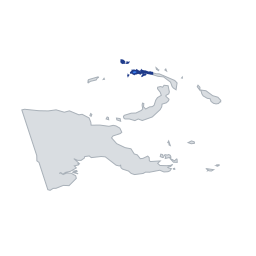 Kavieng District, New Ireland, Papua New Guinea (highlighted), rotated 342°
{"feature_id": "67681753B13414924819531", "entity_name": "Kavieng District", "entity_type": "district", "adm_level": 2, "iso_a3": "PNG", "parent_name": "Papua New Guinea", "parent_adm1": "New Ireland", "projection": "mercator", "projection_center": [150.489, -2.205], "detail": "fine", "context": "in_parent", "style": "filled", "palette": "blue", "viewbox_px": 256, "rotation_deg": 342, "n_neighbors": 0, "source": "geoboundaries", "source_scale": "gbopen_adm2", "svg_char_len": 8054}
<svg xmlns="http://www.w3.org/2000/svg" viewBox="0 0 256 256"><g transform="rotate(342 128 128)"><path d="M32.7,161.9L32.7,133.2L31.2,131.1L32.7,126.0L32.6,78.0L35.4,78.2L48.5,84.0L57.4,87.1L65.2,88.5L72.3,93.3L77.6,93.6L85.4,100.3L88.6,100.8L94.1,106.4L94.4,111.0L93.8,113.9L102.3,116.6L110.4,120.5L114.8,120.9L117.2,122.3L120.2,125.6L120.8,130.1L119.0,130.9L111.4,130.9L109.3,132.3L112.4,139.4L119.2,145.8L124.4,148.7L125.9,154.6L128.5,156.4L130.2,161.0L132.9,161.5L138.1,160.8L139.0,162.7L138.2,165.6L138.9,166.8L148.5,169.3L145.3,170.8L146.8,173.5L153.1,175.8L156.9,176.7L159.3,176.4L156.6,177.8L154.1,177.4L153.6,177.8L154.7,178.9L156.7,180.1L154.6,181.7L152.5,181.9L148.6,180.9L145.2,178.0L134.8,176.7L131.1,175.4L128.3,175.9L119.8,174.3L117.0,172.2L115.2,169.1L110.1,165.4L109.0,163.6L109.5,161.1L108.1,161.5L105.2,159.7L97.5,148.4L93.6,146.8L83.9,144.8L82.5,142.6L78.0,141.8L77.0,143.2L73.3,144.3L70.1,143.2L67.0,140.4L70.7,146.7L69.4,146.6L70.0,147.6L69.3,147.8L65.3,147.4L66.5,150.0L59.8,151.4L54.9,150.9L52.5,151.6L51.5,151.5L50.3,149.6L48.5,149.9L50.0,150.0L51.9,152.2L56.0,151.9L60.1,153.5L63.5,157.3L63.3,159.9L54.1,164.6L48.8,162.6L41.0,163.1L38.2,162.3L34.7,163.2L32.7,161.9ZM171.7,98.6L173.6,99.9L175.5,98.5L179.2,100.2L178.5,106.4L177.3,108.1L174.2,108.7L173.8,109.6L175.9,113.3L175.0,114.6L172.3,115.9L167.8,115.8L166.6,118.3L164.2,120.5L154.5,125.0L143.9,125.3L140.5,122.6L136.8,123.1L132.0,119.8L127.9,118.5L127.1,117.3L127.2,115.7L128.3,114.8L135.6,114.9L140.2,116.2L146.2,115.4L147.9,114.4L148.5,110.5L149.5,108.8L150.6,109.6L149.3,112.7L150.7,115.4L155.0,114.6L157.8,115.2L159.9,114.4L163.0,110.1L165.4,108.2L169.8,107.2L169.7,104.0L168.2,99.7L168.8,98.4L171.7,98.6ZM224.8,130.4L224.2,131.8L223.9,131.4L221.7,132.7L219.2,132.3L216.9,130.9L215.2,128.4L215.1,125.5L212.6,124.3L209.4,120.7L208.8,118.3L209.0,114.4L213.7,116.7L218.5,123.4L223.0,126.5L224.8,130.4ZM188.6,100.3L185.5,106.5L183.5,104.0L182.8,102.2L182.6,97.5L177.6,90.4L172.5,88.1L162.1,80.8L158.0,79.6L159.0,79.3L159.0,77.5L164.1,81.3L167.3,82.2L171.6,85.2L174.5,86.2L187.1,97.2L188.6,100.3ZM105.5,69.8L115.4,70.1L115.5,70.9L114.2,71.0L112.6,72.5L106.7,72.0L104.1,72.8L103.9,71.8L104.9,71.4L104.7,70.3L105.5,69.8ZM155.2,164.9L157.0,165.9L158.5,165.8L159.7,167.0L159.9,169.0L159.2,169.5L158.8,168.9L154.0,168.5L154.9,167.3L154.0,165.0L155.2,164.9ZM154.0,78.6L150.5,78.6L147.9,76.2L151.3,75.1L153.9,76.2L154.0,78.6ZM162.2,173.6L164.5,172.4L165.0,172.8L164.2,175.9L160.7,174.6L158.3,169.6L162.2,173.6ZM180.6,160.5L184.4,159.9L186.3,161.3L186.8,161.8L186.4,163.1L183.3,162.5L180.6,160.5ZM189.5,190.6L196.6,194.1L194.0,194.7L191.7,193.7L191.4,192.9L190.5,193.2L191.0,192.6L189.5,190.6ZM123.1,119.3L119.9,116.8L120.1,115.0L123.4,116.6L123.1,119.3ZM152.8,166.8L151.9,166.9L149.8,165.1L151.1,163.0L152.5,163.8L152.8,166.8ZM208.0,114.2L206.6,110.1L207.8,108.9L209.0,111.5L208.0,114.2ZM112.2,114.2L110.0,112.6L111.6,111.1L112.6,111.9L112.2,114.2ZM145.4,64.4L144.2,64.7L142.6,63.4L143.0,61.8L144.9,62.8L145.4,64.4ZM97.8,104.0L96.5,105.5L95.6,104.4L97.0,102.7L97.8,104.0ZM162.7,152.8L162.8,157.8L161.8,156.8L162.3,154.8L161.3,154.2L162.7,152.8ZM64.3,154.1L66.4,156.2L61.3,152.9L64.3,154.1ZM66.2,153.6L63.3,152.8L62.8,152.2L66.1,152.5L66.2,153.6ZM203.3,191.1L203.1,191.8L201.2,192.0L200.0,191.0L201.2,191.2L201.0,190.5L203.3,191.1ZM182.2,83.5L182.3,85.8L181.0,84.2L182.2,83.5ZM175.3,82.3L174.8,82.9L173.5,81.3L173.7,81.0L175.3,82.3ZM159.9,180.7L159.7,181.8L158.5,181.2L158.6,180.6L159.9,180.7ZM174.2,80.5L173.2,80.8L173.3,79.2L174.2,80.5ZM120.6,73.3L120.7,74.4L119.4,74.2L120.6,73.3ZM195.4,96.3L195.2,97.4L194.4,97.0L195.4,96.3Z" fill="#d9dde1" stroke="#a8b0b8" stroke-width="1"/><path d="M151.1,75.1L150.8,74.7L150.5,74.9L150.4,75.0L150.6,75.1L150.3,75.1L150.2,75.0L150.2,75.3L149.7,75.2L149.7,75.4L149.5,75.5L149.5,75.4L149.2,75.3L149.0,75.5L148.4,75.9L148.0,76.4L147.9,76.4L148.0,76.2L147.9,76.1L148.0,75.9L147.9,75.9L147.7,76.1L147.7,76.3L147.9,76.6L148.5,76.7L148.9,76.8L149.2,77.0L149.5,77.6L149.6,78.1L150.0,78.4L150.5,78.7L150.6,78.9L151.0,78.7L151.3,78.8L151.5,78.6L151.9,78.6L152.4,78.8L152.4,78.6L152.7,78.5L152.8,78.6L153.0,78.6L152.8,78.8L153.3,78.6L154.1,78.5L154.2,78.3L154.0,78.1L154.1,77.7L154.3,77.1L154.2,76.9L154.0,77.3L154.0,76.2L153.8,76.3L153.6,76.1L153.1,76.0L152.6,75.6L151.8,75.4L151.7,75.2L151.1,75.1ZM168.3,82.9L168.1,82.9L167.7,82.6L167.4,82.6L167.0,82.3L167.0,82.1L166.5,81.7L165.6,81.8L165.4,81.4L165.0,81.3L164.6,81.3L163.9,81.4L163.6,81.1L163.6,80.5L163.3,80.4L163.2,80.1L162.8,80.1L162.7,80.0L162.4,79.9L162.3,79.6L161.9,79.7L161.7,79.1L160.6,78.9L160.3,78.5L159.9,78.4L159.6,78.0L159.3,77.9L158.7,77.2L158.5,77.4L158.5,77.6L158.3,78.0L158.5,78.0L158.9,78.5L159.2,78.4L159.3,78.4L159.6,78.5L159.3,78.6L159.2,78.6L159.2,78.8L159.3,78.8L159.4,78.7L159.8,78.9L159.4,79.0L159.6,79.1L159.3,79.2L159.2,79.1L158.9,79.0L158.7,79.2L158.8,79.3L158.7,79.2L158.5,79.3L158.5,79.6L157.8,79.2L157.4,79.5L157.7,79.8L158.8,80.3L160.0,80.0L159.9,79.9L160.2,80.1L160.8,80.2L161.5,80.8L161.7,80.7L162.5,81.0L163.1,81.8L163.4,81.7L163.8,82.1L164.2,82.4L164.4,82.4L165.0,82.8L165.6,83.0L166.5,83.6L166.8,83.5L167.7,84.2L168.1,84.2L168.3,82.9ZM143.5,61.8L143.0,61.4L142.6,61.3L142.6,61.9L142.3,62.0L142.3,62.4L142.0,62.7L142.2,63.0L142.6,63.1L143.0,63.5L143.6,64.0L143.9,63.9L144.0,63.6L144.4,64.2L144.6,64.0L144.8,64.2L145.1,64.0L145.1,63.9L144.8,63.6L144.8,63.4L144.3,62.3L143.7,61.8L143.5,61.8ZM159.7,81.7L159.7,81.8L159.4,81.8L159.1,82.1L158.8,82.1L158.6,82.4L158.3,82.4L157.9,82.8L158.1,82.9L158.5,82.6L158.8,82.6L159.0,82.6L158.8,82.5L158.9,82.4L159.0,82.5L159.3,82.6L159.6,82.6L159.8,82.6L159.6,82.5L159.9,82.5L160.3,82.7L160.7,82.5L160.8,82.7L161.1,82.7L161.3,82.5L161.2,82.4L160.7,82.4L160.7,82.2L160.4,82.0L160.0,81.9L159.7,81.7ZM148.1,65.8L148.1,65.5L147.8,65.3L147.8,65.7L147.3,65.6L147.2,65.7L147.4,65.9L147.2,66.0L147.5,66.1L147.6,65.9L148.5,66.1L148.7,65.9L148.4,65.9L148.1,65.8ZM155.6,78.7L155.2,78.7L155.1,78.9L155.5,79.0L155.9,79.5L155.9,79.3L156.2,78.9L155.8,78.9L155.6,78.7ZM156.5,79.2L156.5,79.4L156.8,79.7L157.2,79.8L157.6,79.7L157.0,79.3L156.5,79.2ZM157.8,79.1L157.6,78.8L157.2,79.0L157.3,79.5L157.8,79.1ZM156.3,78.6L156.0,77.9L155.7,78.2L155.8,78.3L156.0,78.4L156.2,78.6L156.3,78.6ZM155.1,76.8L154.9,76.3L154.7,76.2L154.9,76.8L155.0,76.9L155.1,76.8ZM155.3,77.4L155.3,77.1L155.1,76.9L155.0,77.1L155.3,77.4ZM143.7,64.4L143.3,64.4L143.5,64.4L143.7,64.8L144.0,64.9L143.7,64.4ZM155.4,78.0L155.4,77.7L155.1,77.9L155.4,78.0ZM154.5,75.9L153.9,75.6L154.5,76.2L154.5,75.9ZM143.3,64.7L142.8,64.6L143.0,64.8L143.3,64.7ZM154.3,78.6L154.2,78.5L153.9,78.6L154.1,78.8L154.3,78.6ZM154.8,78.7L154.7,78.3L154.6,78.5L154.8,78.7ZM154.6,78.6L154.3,78.6L154.3,78.8L154.6,78.7L154.6,78.6ZM156.0,77.9L155.9,77.9L155.7,78.0L156.0,77.9ZM154.6,77.4L154.5,77.5L154.6,77.4ZM144.7,78.0L144.6,77.8L144.5,78.1L144.7,78.0ZM157.8,83.0L157.9,82.9L157.8,82.7L157.6,83.0L157.8,83.0ZM154.6,76.0L154.6,76.3L154.7,76.1L154.6,76.0ZM152.4,74.7L152.2,74.6L152.4,74.7ZM155.2,78.3L155.3,78.2L155.2,78.1L155.2,78.3ZM157.8,78.9L157.7,78.8L157.8,78.9ZM159.3,78.8L159.5,78.8L159.4,78.7L159.3,78.8ZM156.4,78.3L156.6,78.1L156.4,78.2L156.4,78.3ZM157.7,78.5L157.8,78.4L157.7,78.4L157.6,78.5L157.7,78.5ZM143.7,64.3L144.0,64.2L143.9,64.1L143.7,64.3ZM155.4,78.3L155.6,78.3L155.6,78.2L155.4,78.3ZM153.9,75.6L153.7,75.4L153.8,75.5L153.9,75.6ZM143.3,63.8L143.2,63.8L143.3,63.9L143.3,63.8ZM155.8,78.6L155.8,78.4L155.7,78.5L155.8,78.6ZM158.4,77.6L158.4,77.4L158.3,77.5L158.4,77.6ZM149.8,74.8L150.0,74.8L149.8,74.8ZM154.3,77.8L154.3,77.7L154.2,77.8L154.3,77.8ZM155.8,78.8L155.9,78.7L155.8,78.8ZM158.2,78.3L158.3,78.3L158.2,78.2L158.2,78.3ZM160.1,81.9L159.9,81.9L160.1,81.9ZM156.2,78.8L156.3,78.8L156.3,78.7L156.2,78.8ZM144.2,78.3L144.3,78.2L144.2,78.2L144.2,78.3ZM157.6,78.5L157.6,78.4L157.6,78.5ZM148.9,75.3L148.9,75.2L148.9,75.3ZM159.3,78.6L159.5,78.5L159.3,78.6ZM147.1,66.0L147.1,65.9L147.1,66.0ZM148.4,75.7L148.5,75.6L148.4,75.7ZM159.4,82.6L159.5,82.6L159.4,82.6ZM155.4,77.5L155.4,77.4L155.4,77.5ZM150.2,74.6L150.3,74.6L150.2,74.6L150.2,74.6Z" fill="#3b82f6" stroke="#1e3a8a" stroke-width="1.5"/></g></svg>